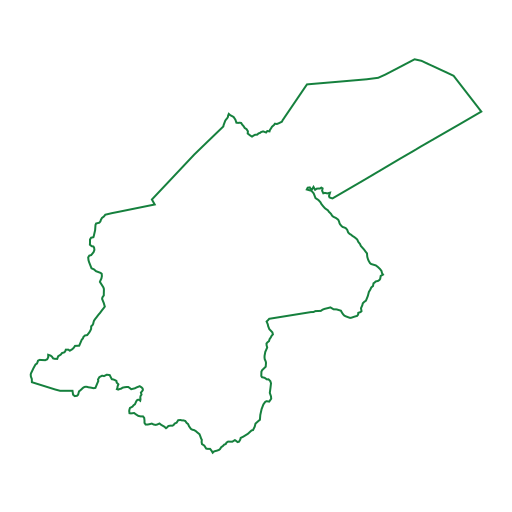 the district of Codó, Maranhão, Brazil
{"feature_id": "56859067B76723264051142", "entity_name": "Codó", "entity_type": "district", "adm_level": 2, "iso_a3": "BRA", "parent_name": "Brazil", "parent_adm1": "Maranhão", "projection": "mercator", "projection_center": [-43.953, -4.619], "detail": "fine", "context": "isolated", "style": "outline", "palette": "green", "viewbox_px": 512, "rotation_deg": 0, "n_neighbors": 0, "source": "geoboundaries", "source_scale": "gbopen_adm2", "svg_char_len": 5904}
<svg xmlns="http://www.w3.org/2000/svg" viewBox="0 0 512 512"><path d="M453.6,75.8L447.9,73.1L428.2,64.0L421.4,60.8L414.6,59.3L385.3,74.6L378.2,77.8L366.5,79.3L338.7,81.7L312.7,83.9L307.0,84.4L306.0,85.8L284.6,117.3L283.7,118.7L282.8,119.9L281.9,121.7L278.9,123.2L276.9,124.0L274.9,123.7L274.0,125.0L272.0,126.7L271.0,128.4L269.9,130.0L269.5,131.4L267.3,131.0L266.1,132.5L263.1,131.4L261.0,132.1L259.9,133.0L258.5,133.4L257.3,134.6L255.0,134.8L253.5,135.6L252.0,136.6L250.1,135.4L247.7,133.5L247.9,131.3L246.5,129.1L244.7,128.0L243.7,126.3L242.1,124.5L241.2,123.0L239.8,122.7L238.3,122.9L236.4,122.7L235.4,119.7L233.6,117.0L232.2,116.2L230.1,115.1L228.8,113.9L228.1,115.6L227.9,117.0L227.2,118.2L226.0,119.6L225.3,120.6L224.6,122.4L223.6,125.1L223.3,126.5L207.4,141.8L194.3,154.5L184.5,164.9L165.4,185.2L151.9,199.5L154.7,204.5L119.7,211.6L112.1,213.1L105.3,214.7L103.9,216.5L102.0,217.9L100.9,219.8L100.4,221.4L99.3,222.7L96.1,223.5L95.5,224.9L95.1,230.3L94.4,233.3L93.8,235.9L93.4,237.2L91.1,237.7L90.0,239.5L90.0,242.9L89.9,244.7L91.7,246.2L93.4,246.5L94.1,247.7L94.4,249.9L93.6,252.1L91.2,255.1L89.3,255.6L88.2,257.4L88.5,260.2L89.1,262.2L91.5,268.3L94.0,269.4L96.0,271.2L98.2,272.0L100.6,272.9L101.7,273.8L101.9,276.1L101.4,278.5L100.4,280.6L99.9,281.9L102.2,285.5L103.4,287.4L103.9,289.0L103.9,290.6L103.8,293.6L103.8,295.4L102.4,297.4L102.1,298.9L103.8,303.1L104.8,306.6L103.7,308.1L102.1,310.1L99.9,313.1L98.8,314.3L97.4,316.1L96.6,317.2L95.3,318.8L94.0,320.7L93.5,322.3L93.2,323.8L92.5,325.1L91.2,326.3L91.1,328.9L90.3,330.7L89.3,332.4L87.2,335.1L84.9,335.5L83.4,337.0L82.9,338.5L81.8,339.6L79.2,345.7L75.0,345.9L73.9,347.6L72.3,349.2L69.8,350.7L68.4,349.7L65.8,349.7L65.2,351.3L64.4,352.3L61.9,353.1L60.9,354.5L59.7,355.3L58.2,356.2L57.7,357.5L57.2,358.9L54.6,358.8L53.1,358.4L52.0,356.7L50.6,355.6L48.2,354.8L48.2,357.3L47.2,359.3L45.2,360.2L39.6,359.9L38.0,360.7L37.5,362.2L37.0,363.5L35.5,364.5L33.4,368.3L32.0,371.3L31.0,373.3L30.7,374.6L30.9,376.6L31.8,379.0L31.9,382.2L55.2,389.5L60.1,390.8L72.5,390.8L72.8,392.9L73.1,394.7L74.7,396.1L77.0,395.8L78.1,394.7L79.0,391.4L80.5,390.2L81.7,389.1L82.6,388.2L83.6,387.4L85.1,386.8L86.8,386.8L88.5,387.3L90.8,387.6L93.5,388.2L95.4,387.9L97.3,383.3L98.3,381.0L98.0,379.5L99.4,377.1L102.1,375.7L104.0,376.1L106.8,374.7L109.7,375.1L110.9,377.5L111.8,379.2L113.5,379.5L114.7,380.0L116.4,380.9L116.7,382.6L118.4,384.3L117.6,386.3L117.4,387.9L116.9,389.1L118.2,389.6L119.4,389.1L121.3,388.6L122.5,387.7L124.3,387.3L126.5,387.0L128.3,387.0L129.7,388.0L131.2,389.2L134.9,388.3L136.6,387.4L139.7,386.2L141.6,387.4L142.6,388.5L142.9,389.9L142.2,391.1L140.9,392.6L141.5,394.6L140.5,396.1L140.3,397.7L140.5,399.2L140.2,400.7L138.9,399.7L137.4,399.9L136.3,401.2L135.7,402.6L134.9,404.3L133.6,405.2L132.5,406.6L131.2,407.3L130.0,407.9L129.5,409.3L129.2,411.0L129.5,413.2L130.9,413.4L132.7,413.2L134.1,413.0L135.7,414.2L138.3,415.9L140.7,416.4L143.0,416.4L144.2,417.9L144.5,420.5L144.5,422.9L145.6,424.5L147.9,424.5L149.8,424.1L151.8,423.6L153.6,424.5L155.6,424.9L157.0,424.6L159.5,423.5L161.1,424.8L163.0,425.9L164.4,426.7L166.0,428.2L167.1,427.4L168.4,426.0L170.1,425.7L172.5,425.7L173.8,424.8L174.6,423.6L176.6,422.7L178.2,420.2L180.5,420.0L181.9,420.4L183.5,420.4L185.3,421.0L186.6,422.9L188.1,424.1L189.0,426.2L190.9,428.9L192.3,429.7L194.1,430.1L195.8,431.1L197.0,432.2L199.5,434.2L200.4,436.5L201.1,438.5L201.8,439.8L201.6,442.1L202.0,444.1L204.3,445.6L206.2,448.6L207.9,448.9L210.1,448.9L211.6,450.8L212.7,452.7L213.8,451.6L215.1,451.1L216.8,450.7L219.0,449.9L220.0,449.1L221.2,447.2L222.9,446.0L224.2,444.6L225.7,444.1L226.5,442.6L228.1,441.6L232.3,441.7L234.9,440.1L236.1,440.9L237.6,442.1L239.0,441.7L240.2,439.7L240.7,437.9L243.2,436.7L247.9,433.8L251.6,430.4L253.0,430.1L254.7,426.7L255.5,423.6L258.5,420.9L259.9,419.8L260.3,414.9L261.6,409.1L263.4,404.4L265.2,401.9L266.5,401.2L269.2,401.6L271.2,398.7L271.0,396.4L269.8,392.9L270.5,387.6L271.0,383.3L270.3,381.1L268.5,379.3L266.9,379.4L264.6,377.8L262.0,377.2L261.3,376.0L261.4,371.7L262.1,370.2L265.7,366.7L266.0,362.9L265.7,361.4L264.7,359.1L264.5,357.2L264.6,355.5L264.9,354.0L265.3,351.8L265.9,350.5L266.5,349.1L267.2,347.5L266.6,345.3L266.5,343.5L267.5,342.3L269.0,341.1L269.6,339.1L270.8,337.4L271.6,335.8L272.9,334.4L272.4,332.4L269.3,329.1L268.1,326.0L267.8,324.4L266.6,321.5L268.0,320.2L269.2,318.8L310.8,312.1L313.5,312.0L315.4,311.1L320.8,310.9L322.5,309.7L324.5,308.9L328.2,308.0L330.4,307.4L333.6,309.3L336.6,309.4L340.9,310.7L342.0,312.7L343.1,314.3L344.3,315.6L345.7,316.3L348.6,317.4L350.1,317.9L351.4,317.7L354.6,316.6L357.1,315.9L358.1,314.6L358.3,312.8L360.5,312.1L361.5,311.2L361.0,308.2L362.3,305.3L362.8,303.3L364.3,301.8L365.9,300.7L366.7,298.8L367.7,296.3L368.1,295.0L368.9,291.9L370.2,289.8L371.3,287.4L373.0,286.0L373.5,283.3L374.7,282.5L375.6,281.5L378.1,280.9L379.5,279.9L380.2,278.8L380.7,275.9L383.0,274.6L382.0,273.1L381.5,271.0L380.0,269.0L377.9,267.0L375.8,265.4L373.1,264.6L371.1,264.0L370.0,263.1L368.6,260.7L367.9,259.0L367.3,256.9L367.1,255.0L367.0,253.4L365.7,251.8L364.1,249.6L362.5,247.8L360.8,245.9L360.0,244.0L358.3,241.9L357.2,239.5L355.5,238.0L354.2,237.0L352.4,235.9L351.2,234.8L349.6,233.9L348.2,232.5L347.7,231.2L347.2,229.8L345.7,228.1L344.0,227.4L342.7,227.0L341.6,226.1L340.0,224.2L339.4,222.9L339.1,221.6L338.2,219.7L336.1,218.1L334.9,217.5L333.4,216.8L332.1,215.7L331.1,214.0L329.9,212.7L328.9,211.8L327.9,210.3L326.4,209.3L325.0,208.3L323.2,206.3L321.3,203.9L320.5,202.3L318.4,200.0L315.5,198.1L313.7,193.4L311.5,190.8L309.2,190.2L306.8,189.5L307.7,187.7L309.8,187.4L310.7,188.9L312.2,189.1L313.5,186.9L315.1,189.8L316.9,188.6L320.0,188.5L321.3,187.6L322.6,188.4L322.1,190.7L323.3,193.3L324.9,192.9L327.4,193.4L330.0,192.7L329.0,196.0L329.5,197.4L331.0,198.0L332.5,198.4L363.9,180.1L374.9,173.6L395.0,161.7L400.4,158.5L413.9,150.7L421.2,146.3L454.6,127.1L458.8,124.7L481.3,111.6L453.6,75.8Z" fill="none" stroke="#15803d" stroke-width="2"/></svg>